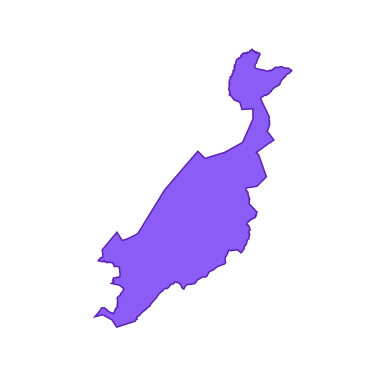 the district of Alcozauca de Guerrero, Guerrero, Mexico, rotated 232°
{"feature_id": "50627088B7685110871098", "entity_name": "Alcozauca de Guerrero", "entity_type": "district", "adm_level": 2, "iso_a3": "MEX", "parent_name": "Mexico", "parent_adm1": "Guerrero", "projection": "equal_earth", "projection_center": [-98.38, 17.368], "detail": "fine", "context": "isolated", "style": "filled", "palette": "violet", "viewbox_px": 384, "rotation_deg": 232, "n_neighbors": 0, "source": "geoboundaries", "source_scale": "gbopen_adm2", "svg_char_len": 6050}
<svg xmlns="http://www.w3.org/2000/svg" viewBox="0 0 384 384"><g transform="rotate(232 192 192)"><path d="M125.2,67.7L125.9,69.3L125.6,70.6L126.9,70.8L127.2,71.7L127.7,72.1L127.7,72.4L127.2,73.3L127.1,73.8L127.8,78.1L127.9,84.0L128.0,84.6L128.5,85.6L128.4,86.0L128.0,86.7L128.2,87.5L128.2,89.0L128.7,89.5L130.0,95.3L130.6,98.5L132.2,103.9L132.2,105.3L132.4,105.8L132.3,106.0L132.4,106.9L132.2,107.1L132.3,107.6L132.1,108.3L132.7,109.1L132.8,110.9L132.7,111.4L131.9,111.8L131.8,112.1L131.8,112.8L131.5,112.9L131.2,113.3L131.3,115.0L132.2,118.1L132.2,119.0L131.5,120.0L131.1,121.1L131.1,121.5L131.7,122.4L131.7,123.2L131.6,123.4L130.8,123.8L130.6,124.2L130.2,124.3L129.6,124.9L129.0,125.1L128.5,125.6L127.8,125.6L126.8,126.0L125.3,125.9L122.9,125.1L120.5,125.7L121.7,128.3L122.1,130.0L121.9,131.6L120.2,133.8L118.1,138.0L119.4,142.2L118.5,148.1L118.2,148.7L117.7,149.2L116.9,149.6L116.5,151.7L118.5,156.5L117.4,161.4L117.4,162.0L117.7,162.7L117.5,164.1L117.6,164.8L117.6,166.1L117.1,167.2L117.1,167.8L116.2,170.7L115.3,173.0L115.3,173.7L115.6,174.9L115.9,175.3L118.0,175.9L119.7,178.0L120.3,178.4L120.3,179.0L120.8,180.4L121.7,182.1L122.2,182.5L122.6,184.2L123.2,184.6L123.3,185.4L121.8,186.8L121.2,187.1L121.1,188.0L120.6,188.9L119.8,189.6L119.7,190.8L119.5,191.2L119.0,191.3L118.7,191.8L118.0,192.1L117.5,192.6L116.4,192.6L115.4,193.1L114.1,193.0L114.0,193.8L114.0,194.5L114.4,195.0L114.6,195.9L114.7,197.2L115.1,197.4L115.3,198.0L115.7,198.2L115.7,198.6L116.5,199.2L116.6,200.0L116.9,200.3L117.3,201.9L117.6,202.0L117.5,202.8L118.0,203.6L119.0,204.4L119.2,204.9L119.7,205.3L120.1,206.7L120.1,207.8L120.4,207.9L120.5,208.4L121.4,209.0L121.6,209.6L123.2,211.5L123.7,211.5L124.2,211.8L125.3,211.6L125.5,212.3L126.2,213.0L126.2,214.2L126.4,214.7L127.0,214.5L127.6,214.6L127.8,214.7L128.1,215.2L128.7,215.6L129.8,215.8L130.1,215.7L130.3,215.4L131.0,215.7L131.4,215.6L131.6,215.9L132.9,215.3L133.5,216.0L133.9,217.2L133.7,217.6L133.8,218.0L133.7,218.4L133.9,219.4L134.2,219.7L133.9,220.2L134.2,221.4L134.1,222.0L133.5,222.7L133.7,223.0L133.5,223.8L133.8,224.4L133.2,225.1L133.2,225.6L133.0,226.2L133.4,227.2L134.1,227.3L134.1,228.3L134.7,229.0L135.2,228.9L135.3,229.4L136.0,230.7L136.7,231.0L137.2,230.6L139.0,230.6L139.7,230.3L140.4,230.6L142.1,230.2L145.3,230.1L147.1,229.7L148.0,230.1L149.0,231.2L149.6,231.5L150.1,232.2L151.2,232.5L151.6,232.9L151.2,233.1L151.1,233.3L151.3,233.4L152.0,233.3L152.6,233.7L154.4,234.2L155.3,234.8L156.3,235.0L156.8,235.3L157.2,235.9L159.3,235.9L159.8,235.6L161.0,236.0L161.7,237.5L156.6,246.6L158.2,260.0L180.2,267.4L183.5,267.0L183.1,282.3L182.8,283.5L182.6,288.5L193.2,288.7L193.8,288.6L194.0,289.0L194.4,290.5L195.6,292.0L196.2,293.0L196.6,293.3L197.6,295.1L199.7,295.9L199.9,296.1L200.0,296.9L200.7,296.8L202.0,297.6L202.8,298.2L203.4,299.1L218.0,302.3L219.7,302.5L220.5,303.0L223.1,303.6L223.8,304.0L223.8,305.9L223.6,307.0L223.8,308.3L223.3,309.0L223.2,309.5L222.8,309.4L222.4,310.1L222.4,310.4L222.6,311.1L222.2,312.1L222.2,313.4L222.8,315.2L222.5,316.4L223.3,318.0L223.6,319.9L223.4,320.7L223.6,321.6L222.8,325.3L222.7,326.4L223.0,327.8L224.3,329.8L224.7,330.8L225.0,331.6L225.0,332.7L225.5,334.2L225.7,335.4L225.4,335.9L225.4,336.5L226.1,337.8L226.4,339.5L225.9,341.1L225.7,342.4L226.0,343.2L226.3,343.6L226.0,344.8L226.4,345.4L227.6,345.1L228.7,344.5L230.1,344.4L231.5,342.6L233.5,340.8L235.7,339.8L237.6,335.8L238.9,334.7L238.9,328.7L239.7,328.8L240.8,325.6L243.2,324.1L249.6,318.6L252.2,318.6L252.6,319.0L253.8,320.7L253.9,322.0L255.6,324.3L258.5,330.2L259.1,330.5L260.2,330.6L260.5,330.2L260.9,329.0L261.7,329.0L262.0,328.1L262.5,328.3L263.0,327.7L263.2,327.8L263.2,328.4L263.6,327.9L264.6,328.0L264.7,327.6L265.4,327.5L265.8,326.7L266.8,327.3L267.4,327.4L267.5,327.2L267.5,326.6L267.3,325.3L267.7,324.5L267.0,323.6L267.2,322.0L267.5,321.9L267.3,321.7L267.3,321.2L267.7,321.4L268.3,321.2L268.5,320.6L268.1,319.8L268.7,318.9L269.2,319.0L269.4,318.5L270.0,317.6L269.7,316.2L269.2,315.7L269.5,315.0L269.4,314.3L268.5,314.1L268.6,313.5L268.4,312.5L268.4,311.6L268.8,311.3L268.9,311.0L268.9,310.5L268.6,309.9L268.7,308.9L268.5,308.1L268.2,307.7L268.0,307.2L267.2,306.6L266.8,305.8L265.8,304.6L265.9,304.1L265.9,303.5L264.6,303.3L264.4,303.0L264.5,302.0L263.8,301.8L262.9,301.3L262.4,301.4L262.1,300.7L262.4,299.9L262.4,299.0L262.3,298.9L261.7,299.4L261.4,299.0L261.2,299.0L260.0,295.9L259.6,296.0L259.1,295.3L258.7,294.2L259.2,293.4L259.1,292.7L258.7,292.7L258.4,293.0L258.1,292.8L257.5,291.8L257.4,290.9L255.3,288.5L254.3,288.6L253.9,287.8L253.8,287.5L253.6,287.7L250.5,284.4L249.5,283.8L249.2,283.9L248.3,283.7L247.5,283.4L247.3,283.0L246.8,282.5L246.3,282.5L246.1,281.8L245.8,281.6L245.6,281.7L245.0,281.1L244.6,281.9L238.4,281.9L233.3,285.0L226.3,282.2L220.0,291.3L219.9,291.3L219.9,291.0L212.1,285.1L199.9,262.4L203.1,242.1L210.5,222.9L220.5,221.7L218.1,209.5L210.5,171.8L192.8,124.3L192.9,121.3L194.8,112.3L196.7,107.2L206.5,108.1L201.7,85.6L195.8,82.1L196.2,79.3L196.4,79.0L195.8,77.1L196.0,76.7L195.4,76.5L195.2,76.0L195.0,76.4L194.6,76.5L194.4,77.0L192.9,77.7L192.2,78.9L191.5,80.6L191.0,80.4L190.9,80.1L190.2,80.8L189.8,81.5L188.5,81.6L188.3,81.8L188.4,82.4L188.1,83.2L187.7,83.4L186.1,84.6L185.7,85.6L184.8,85.6L184.1,85.8L183.7,85.5L183.0,85.6L182.4,85.3L181.8,85.4L181.4,85.0L181.0,85.4L180.7,85.2L180.4,85.6L180.0,86.8L177.6,88.5L171.0,84.4L169.6,82.7L169.8,82.0L171.1,80.3L171.1,79.6L171.4,79.0L172.5,77.4L172.3,76.6L171.9,76.3L171.4,75.3L171.0,75.8L170.5,76.0L170.0,75.7L169.9,74.9L169.4,74.8L169.3,74.5L170.0,73.8L169.8,73.4L169.3,72.9L169.4,72.3L163.2,77.5L157.7,78.8L155.9,74.9L155.8,74.1L156.0,73.2L155.4,72.7L154.7,71.6L155.0,70.0L154.7,68.0L153.0,66.8L151.6,66.3L151.3,65.8L151.0,65.1L149.9,64.9L149.7,64.4L149.1,63.9L149.1,63.5L147.6,63.1L147.5,62.6L147.6,61.6L147.4,61.5L147.3,61.1L146.9,60.3L147.0,60.0L146.9,59.5L146.6,59.3L146.5,58.6L145.5,57.4L145.1,56.4L144.4,55.4L144.4,55.2L145.5,54.9L145.9,54.3L148.9,52.9L154.5,51.8L156.3,49.7L154.5,43.9L154.3,42.3L153.5,38.6L150.4,45.8L149.7,46.3L140.5,50.2L131.9,49.4L125.2,67.7Z" fill="#8b5cf6" stroke="#5b21b6" stroke-width="1.5"/></g></svg>